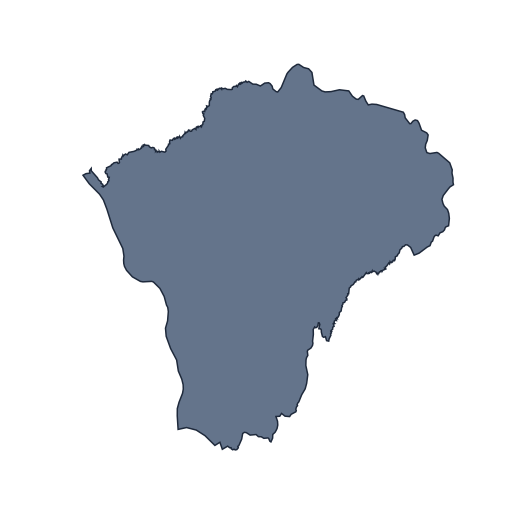 the district of Don Tan, Mukdahan, Thailand, rotated 190°
{"feature_id": "78962969B20953711752663", "entity_name": "Don Tan", "entity_type": "district", "adm_level": 2, "iso_a3": "THA", "parent_name": "Thailand", "parent_adm1": "Mukdahan", "projection": "equal_earth", "projection_center": [104.826, 16.311], "detail": "fine", "context": "isolated", "style": "filled", "palette": "slate", "viewbox_px": 512, "rotation_deg": 190, "n_neighbors": 0, "source": "geoboundaries", "source_scale": "gbopen_adm2", "svg_char_len": 6098}
<svg xmlns="http://www.w3.org/2000/svg" viewBox="0 0 512 512"><g transform="rotate(190 256 256)"><path d="M440.4,305.5L432.8,298.2L420.8,289.7L416.0,284.7L410.9,276.1L401.9,258.8L388.5,240.3L386.0,232.9L385.7,229.0L384.9,225.6L383.7,222.9L381.0,219.4L374.1,214.0L365.4,210.9L362.9,210.9L354.3,212.9L352.5,212.6L345.0,207.4L339.4,200.2L335.6,192.1L334.0,190.1L332.7,186.1L331.8,176.7L332.6,169.2L330.5,161.3L324.0,150.0L316.1,139.8L312.5,129.2L307.7,121.8L305.4,116.6L304.5,112.3L304.5,108.0L306.4,98.6L307.0,92.1L305.8,84.9L302.6,71.7L294.6,75.0L284.6,74.2L275.0,70.2L263.6,62.3L259.2,66.3L255.6,59.8L250.9,63.8L248.6,62.6L247.3,62.9L247.0,61.9L245.3,61.1L244.1,61.9L242.8,61.4L241.3,62.0L240.1,64.1L240.9,65.4L240.0,66.2L238.3,73.2L238.3,78.9L236.9,80.3L234.9,80.4L230.7,78.6L224.9,80.2L222.3,78.5L219.4,78.9L216.6,77.8L212.7,78.9L211.8,78.5L210.2,76.0L209.0,75.5L208.0,79.5L208.5,83.2L206.6,85.7L205.9,87.7L205.3,89.8L205.2,93.3L206.1,97.0L208.5,101.4L204.8,102.3L203.5,105.4L199.6,103.3L195.0,103.7L193.9,106.2L189.7,109.5L189.5,110.8L190.2,112.0L189.9,114.5L189.1,115.8L189.7,116.8L189.3,118.5L188.5,119.8L186.9,127.3L184.5,133.7L184.0,139.4L184.4,148.1L187.9,156.8L188.7,162.3L188.6,164.6L187.7,167.1L188.9,171.0L188.7,172.2L185.9,174.9L184.8,177.8L184.8,180.0L185.5,181.9L185.9,188.8L186.9,193.6L185.9,196.3L185.1,195.7L183.8,196.2L183.0,198.2L183.0,201.0L182.3,201.2L181.3,199.8L181.5,195.3L179.7,195.4L178.9,194.6L178.4,192.3L176.6,188.3L175.2,187.7L173.6,188.6L171.8,184.9L169.6,184.8L169.6,187.1L168.5,191.0L169.1,192.3L168.4,193.3L169.2,194.7L168.4,194.9L169.0,195.8L167.8,197.2L168.1,199.2L166.9,200.3L168.0,202.4L166.9,203.0L167.9,203.3L167.4,203.9L167.6,205.4L167.0,206.3L165.6,206.4L166.7,208.1L166.0,208.7L165.1,208.4L165.6,209.5L164.4,210.2L163.8,212.7L164.1,214.8L162.6,216.6L162.7,220.1L162.2,221.2L162.8,221.9L162.1,223.5L162.2,225.0L160.7,225.7L160.0,228.0L158.9,228.4L159.0,229.5L160.1,230.6L158.7,233.5L159.1,234.7L158.2,234.9L158.6,240.6L157.4,242.1L157.3,243.1L155.2,244.9L154.1,247.7L153.3,247.8L153.0,249.5L151.7,250.5L151.2,250.2L150.9,251.5L149.9,250.8L148.9,252.7L147.8,253.2L147.9,254.0L146.9,253.8L144.5,258.8L143.7,257.9L142.3,258.2L142.2,258.9L141.2,258.7L140.8,260.1L139.4,259.8L139.0,261.3L138.7,260.5L137.2,261.7L134.8,260.8L134.2,259.6L133.7,260.1L133.0,259.3L133.0,260.0L132.2,259.9L131.7,261.8L131.1,261.8L130.2,263.3L129.6,263.4L129.2,262.6L128.6,264.0L126.7,265.2L127.2,266.1L126.0,266.0L126.7,267.6L125.5,268.9L124.0,272.2L123.1,271.4L123.0,273.3L122.6,272.7L121.8,273.6L121.2,273.1L120.4,274.1L120.2,275.4L118.9,275.4L119.0,276.3L118.5,276.3L118.4,277.1L118.6,279.4L116.8,280.8L116.8,282.0L115.5,283.9L115.3,287.1L113.9,288.9L113.4,290.7L112.0,291.1L110.7,293.0L108.8,293.2L105.2,291.3L100.4,284.3L95.9,287.1L88.8,294.7L86.4,296.4L85.8,300.1L84.7,301.3L84.0,305.6L83.2,307.2L82.3,307.8L80.1,307.5L78.8,310.8L76.3,312.3L74.9,314.5L74.6,316.7L74.0,317.7L71.6,319.2L72.1,326.6L73.6,331.5L75.5,335.0L79.3,337.8L81.0,340.2L82.7,344.1L82.1,348.1L78.2,355.6L76.9,357.8L73.9,360.5L74.8,362.8L75.5,366.9L77.4,371.7L77.7,374.9L81.4,381.4L94.0,388.9L95.8,389.4L102.5,387.1L105.7,387.5L108.1,391.9L108.3,395.5L107.4,399.5L107.5,405.1L109.3,406.9L114.8,408.6L118.5,415.1L120.5,417.4L122.9,417.6L124.9,416.0L126.4,413.3L127.6,413.0L133.1,418.0L134.2,421.1L135.9,423.2L163.5,426.2L168.2,425.7L171.7,424.3L174.7,427.6L177.7,432.3L179.0,432.5L182.5,428.0L184.5,427.9L188.8,430.1L193.3,434.7L202.7,434.2L210.7,430.9L216.4,429.6L219.8,430.0L228.6,434.4L232.8,446.5L236.7,449.5L241.8,449.9L247.1,452.2L248.8,451.8L252.8,448.1L256.3,442.6L257.2,440.7L260.4,426.3L263.1,421.3L264.8,421.4L268.5,423.5L269.6,426.1L272.0,428.2L273.7,428.8L277.4,427.8L281.2,424.2L285.5,425.2L289.0,424.7L293.5,426.7L294.9,425.5L296.5,426.6L297.1,425.5L298.8,425.0L299.6,423.9L300.2,424.3L300.5,423.5L300.9,424.0L301.5,423.3L300.9,423.1L301.3,422.3L302.1,422.2L302.3,423.1L303.0,422.2L303.7,419.5L304.9,420.5L305.2,419.6L307.3,419.1L308.5,417.6L308.4,416.0L309.2,415.6L313.3,415.1L315.4,415.8L317.4,415.0L318.8,415.3L318.8,414.5L319.5,415.3L319.9,414.7L321.2,414.8L322.9,412.5L323.6,412.7L323.6,413.4L324.5,412.8L324.9,411.2L327.1,410.2L326.9,409.2L327.5,407.9L328.3,408.0L328.4,405.0L327.7,404.4L327.8,403.1L328.3,402.8L327.7,402.1L328.5,401.3L328.7,399.5L328.1,396.1L329.1,395.0L330.6,395.2L330.0,394.0L330.6,393.6L330.4,392.5L331.2,392.3L330.9,391.6L331.7,391.4L331.6,389.3L333.1,389.4L333.8,388.6L333.0,387.0L332.1,386.9L332.3,385.2L330.4,382.7L330.3,379.7L331.4,378.9L331.3,376.2L332.0,375.6L332.1,374.2L332.6,374.9L333.1,374.7L333.0,373.8L335.0,373.6L335.2,372.9L335.6,373.4L336.0,372.5L336.6,373.0L337.2,372.4L337.1,370.2L338.4,371.0L340.8,369.1L341.1,367.8L342.1,367.4L343.1,367.7L343.2,368.3L344.0,367.7L344.4,368.1L345.0,366.2L345.9,366.0L346.6,364.7L347.3,365.5L347.3,364.4L349.1,361.5L348.9,360.8L350.3,360.1L350.9,358.8L352.0,360.3L352.0,359.7L353.5,359.7L353.3,359.1L353.8,359.1L353.8,358.5L354.8,359.0L355.2,357.7L356.2,357.0L356.2,357.9L357.0,358.0L358.1,356.6L358.4,355.4L360.8,355.3L361.0,353.6L360.4,351.6L361.6,350.9L361.4,349.9L363.4,345.5L362.8,343.8L363.8,342.4L367.4,342.7L368.7,341.5L369.5,342.4L369.4,341.8L370.6,341.8L371.3,341.1L371.8,342.1L372.7,342.3L373.0,341.8L373.1,343.0L374.4,343.1L374.5,344.2L375.2,344.8L376.5,345.0L378.0,344.3L379.9,345.0L380.9,346.2L384.6,345.9L385.1,346.5L386.5,345.5L385.9,345.4L385.8,344.3L387.2,343.7L387.4,343.0L387.7,343.3L388.2,341.7L389.8,340.3L390.4,341.0L391.1,340.2L391.7,340.5L391.9,339.5L394.2,337.9L399.1,336.0L400.4,333.3L402.2,333.8L404.0,331.9L404.5,332.3L404.3,331.1L404.9,331.2L405.5,329.4L405.4,328.1L407.7,327.6L406.7,324.2L407.2,323.5L407.9,323.2L409.1,324.3L412.1,323.1L413.6,321.1L414.2,321.0L414.4,319.8L418.5,316.9L418.2,315.4L418.7,314.8L418.5,314.0L419.2,313.2L419.0,312.2L418.1,311.1L416.9,311.0L415.7,308.0L414.2,308.0L414.5,305.5L413.9,304.6L414.9,303.3L414.7,302.6L415.4,300.8L418.4,297.4L419.4,297.8L418.4,298.4L419.6,300.1L421.3,300.7L421.3,302.0L424.4,303.7L425.7,305.5L433.0,311.3L433.5,313.6L434.8,311.1L434.0,308.8L437.7,307.6L440.4,305.5Z" fill="#64748b" stroke="#1e293b" stroke-width="1.5"/></g></svg>